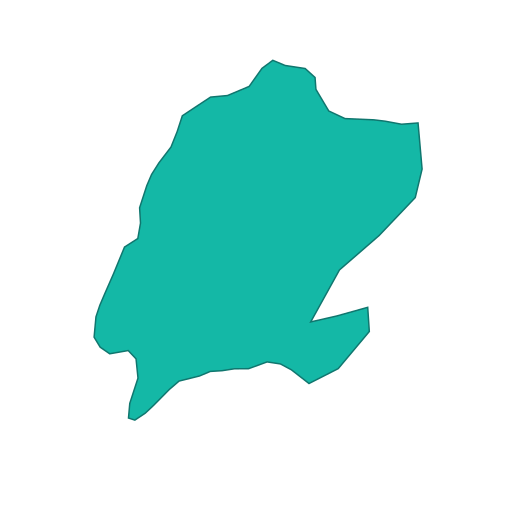 outline of Agios Ermolaos, Cyprus, rotated 288°
{"feature_id": "46923920B200198305742", "entity_name": "Agios Ermolaos", "entity_type": "district", "adm_level": 2, "iso_a3": "CYP", "parent_name": "Cyprus", "parent_adm1": "", "projection": "albers", "projection_center": [33.172, 35.267], "detail": "fine", "context": "isolated", "style": "filled", "palette": "teal", "viewbox_px": 512, "rotation_deg": 288, "n_neighbors": 0, "source": "geoboundaries", "source_scale": "gbopen_adm2", "svg_char_len": 933}
<svg xmlns="http://www.w3.org/2000/svg" viewBox="0 0 512 512"><g transform="rotate(288 256 256)"><path d="M390.0,387.1L432.6,369.0L426.3,353.7L424.1,337.1L421.9,325.9L414.2,298.2L416.4,280.4L433.0,261.5L444.0,257.0L449.5,244.8L446.2,224.8L447.3,211.5L436.3,203.7L415.2,197.1L399.8,179.3L393.1,163.7L382.1,154.9L366.6,142.6L350.0,142.6L333.4,141.5L314.6,134.9L301.3,131.5L289.2,130.4L278.1,130.4L265.9,130.4L251.6,136.0L236.1,138.2L223.9,128.2L195.2,126.0L173.1,123.8L160.9,122.7L148.7,122.6L128.8,127.1L121.1,136.0L117.8,147.1L126.6,163.7L121.1,173.7L103.4,181.5L87.9,181.5L76.8,181.5L62.5,184.8L62.5,191.5L72.4,199.3L82.4,204.8L102.3,214.8L113.3,221.5L124.4,239.3L132.1,248.2L136.5,259.3L142.1,270.4L146.5,283.7L158.7,299.3L160.9,312.6L158.7,324.8L151.1,345.8L174.3,369.0L219.2,387.1L241.7,378.1L223.7,351.0L210.2,328.4L268.6,339.7L313.6,366.8L360.8,389.4L390.0,387.1Z" fill="#14b8a6" stroke="#0f766e" stroke-width="1.5"/></g></svg>